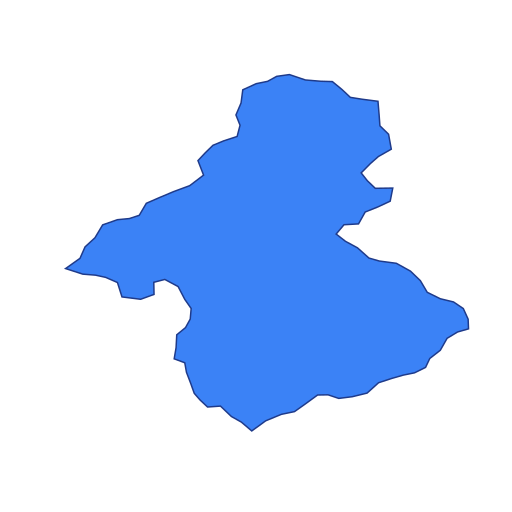 Barroso, Minas Gerais, Brazil, rotated 254°
{"feature_id": "56859067B65889724989346", "entity_name": "Barroso", "entity_type": "district", "adm_level": 2, "iso_a3": "BRA", "parent_name": "Brazil", "parent_adm1": "Minas Gerais", "projection": "natural_earth1", "projection_center": [-43.957, -21.177], "detail": "fine", "context": "isolated", "style": "filled", "palette": "blue", "viewbox_px": 512, "rotation_deg": 254, "n_neighbors": 0, "source": "geoboundaries", "source_scale": "gbopen_adm2", "svg_char_len": 1454}
<svg xmlns="http://www.w3.org/2000/svg" viewBox="0 0 512 512"><g transform="rotate(254 256 256)"><path d="M296.4,69.5L286.3,84.5L281.8,96.5L276.9,105.6L268.7,115.5L253.6,115.9L246.2,133.2L247.2,147.4L258.9,150.5L258.6,161.9L248.1,172.7L233.9,175.6L223.4,179.2L213.5,175.4L206.6,168.5L202.1,158.1L189.9,153.9L179.7,149.0L173.0,158.1L163.4,157.1L151.9,158.1L141.0,158.8L132.9,162.6L124.2,167.8L121.5,180.5L108.5,188.1L100.4,196.1L89.0,203.7L94.9,219.9L96.8,236.8L95.8,250.1L100.0,262.1L105.4,276.9L102.7,287.0L96.3,296.3L94.2,309.8L93.6,325.0L100.4,338.9L100.9,353.0L100.9,364.8L100.0,376.2L102.2,388.3L109.6,394.8L114.6,407.2L124.2,417.0L127.4,428.8L127.4,440.2L136.8,442.5L148.3,440.8L157.4,433.2L164.1,421.4L173.9,410.6L187.0,407.2L198.9,400.3L210.3,388.9L217.2,373.1L222.9,364.0L235.9,355.8L245.4,346.1L255.0,339.1L261.8,349.2L258.6,363.4L268.2,373.1L269.6,386.8L271.7,400.1L283.6,406.2L288.2,389.3L297.6,383.8L306.9,380.0L313.3,391.4L317.9,401.1L321.4,415.5L336.5,417.0L347.0,411.0L357.5,413.2L371.1,415.9L377.5,401.1L382.5,390.4L392.4,384.5L402.6,377.5L406.1,366.5L411.6,352.0L421.2,338.1L423.0,325.4L420.7,315.3L421.6,303.7L419.4,289.1L407.2,283.8L397.1,275.6L386.1,276.7L376.1,270.8L375.6,256.8L374.3,245.2L369.2,235.7L363.7,226.5L348.2,227.9L341.9,211.7L340.6,194.4L338.8,179.4L336.9,165.1L327.3,155.0L326.9,144.6L329.1,132.8L328.2,117.2L317.9,106.2L311.9,94.2L302.3,86.2L296.4,69.5Z" fill="#3b82f6" stroke="#1e3a8a" stroke-width="1.5"/></g></svg>